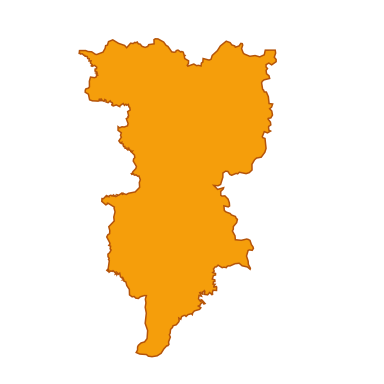 Khao Kho, Phetchabun, Thailand (Mercator projection), rotated 174°
{"feature_id": "78962969B71120844941830", "entity_name": "Khao Kho", "entity_type": "district", "adm_level": 2, "iso_a3": "THA", "parent_name": "Thailand", "parent_adm1": "Phetchabun", "projection": "mercator", "projection_center": [101.026, 16.687], "detail": "fine", "context": "isolated", "style": "filled", "palette": "amber", "viewbox_px": 384, "rotation_deg": 174, "n_neighbors": 0, "source": "geoboundaries", "source_scale": "gbopen_adm2", "svg_char_len": 6072}
<svg xmlns="http://www.w3.org/2000/svg" viewBox="0 0 384 384"><g transform="rotate(174 192 192)"><path d="M260.9,36.3L254.3,35.1L252.6,33.3L249.0,32.4L243.8,32.7L239.6,34.8L236.3,39.0L233.2,41.7L232.2,41.6L230.9,42.8L231.0,45.3L228.7,50.0L229.5,52.4L228.5,53.8L227.7,57.6L225.6,59.3L224.8,61.0L221.5,61.6L218.8,64.2L218.2,65.3L218.3,68.0L216.5,66.6L215.3,69.2L213.1,70.0L211.8,70.0L210.9,68.9L208.8,70.5L205.3,71.0L204.5,70.0L203.9,71.8L202.0,73.5L197.0,74.4L195.8,75.3L195.3,76.1L197.6,77.9L195.5,78.8L195.4,79.6L193.4,81.1L192.7,81.0L191.9,79.4L190.7,79.7L193.3,83.4L194.2,83.9L194.4,82.5L195.0,82.3L196.7,85.0L195.8,88.4L193.5,87.4L194.8,91.1L194.0,91.2L193.4,89.9L192.5,90.1L191.9,88.8L192.1,91.5L190.8,91.6L190.1,92.6L189.6,91.9L190.4,88.9L187.2,88.1L185.0,90.2L182.9,87.8L182.1,88.3L182.4,89.4L181.3,92.1L177.9,91.5L177.4,94.9L177.8,95.5L180.1,95.1L180.2,96.0L178.7,97.8L180.7,98.2L180.0,100.6L178.6,100.6L178.5,102.2L180.9,103.3L179.5,106.6L177.3,107.0L177.1,108.5L179.8,109.7L178.2,111.0L178.7,113.2L176.8,115.1L175.6,115.0L173.7,116.5L169.9,113.6L168.2,113.9L165.7,113.2L165.0,114.3L163.4,114.8L162.0,114.5L156.7,116.2L152.5,116.2L149.9,113.4L144.7,111.6L142.3,109.1L141.9,110.0L143.5,114.1L143.4,117.4L144.5,122.6L142.3,128.0L140.9,128.4L138.2,127.7L136.8,129.5L137.1,131.1L138.4,133.4L139.4,137.8L140.9,138.9L142.5,139.5L148.0,138.8L153.9,140.0L153.8,143.9L155.9,149.0L154.8,150.7L154.5,153.3L150.8,156.9L149.7,160.1L150.8,161.2L151.4,163.1L155.2,165.1L156.4,166.7L160.1,168.5L161.8,170.2L161.7,174.9L157.5,173.4L156.1,174.2L156.0,177.4L156.9,181.2L159.7,184.7L162.6,184.8L163.7,185.7L163.4,189.5L160.6,191.8L160.1,193.0L166.2,191.9L169.7,196.3L165.5,195.5L162.8,196.5L159.8,203.4L159.3,207.6L156.5,209.2L154.2,208.7L152.5,205.5L150.8,204.5L146.2,205.9L144.7,205.3L142.8,206.7L136.3,204.6L133.0,205.3L130.0,207.6L129.5,213.3L126.4,217.5L124.3,219.0L119.5,219.4L115.4,223.9L113.8,227.6L113.8,237.6L116.0,238.7L116.3,239.8L113.8,244.5L110.8,242.9L107.5,244.4L109.1,245.5L109.1,248.3L108.9,249.2L106.6,250.5L106.7,253.3L108.8,256.7L108.4,257.3L105.9,257.4L103.9,260.1L104.2,264.2L106.1,266.7L104.0,268.1L102.6,271.1L106.1,271.9L106.1,278.8L107.6,283.6L109.7,284.0L110.2,286.0L111.0,286.5L111.4,293.3L110.5,294.8L108.6,296.0L102.9,296.8L103.3,299.6L105.5,301.8L105.6,305.2L104.0,306.9L105.3,308.6L105.0,310.9L102.1,312.2L99.5,310.1L94.7,312.8L94.5,315.1L96.1,317.4L94.3,321.4L94.4,324.4L104.3,325.4L105.8,320.9L110.5,319.3L115.0,321.1L120.3,320.9L125.6,323.8L126.6,325.1L127.7,329.4L126.2,332.8L126.5,334.3L127.9,334.7L130.0,332.3L133.8,331.5L134.2,332.8L137.0,334.1L138.5,336.6L142.2,338.4L148.5,334.3L152.0,329.9L157.6,325.7L159.2,322.0L161.2,321.4L167.0,323.6L167.6,320.2L169.2,319.2L169.8,316.4L172.4,317.3L174.3,317.2L176.8,319.1L183.0,317.6L183.5,318.5L182.1,320.2L181.7,322.8L185.3,325.5L185.4,327.8L184.7,328.5L185.5,328.8L186.1,332.0L187.5,332.8L188.5,332.4L191.1,334.6L192.9,334.3L193.5,333.1L195.1,332.8L197.5,333.5L200.7,339.3L202.5,340.6L204.5,344.1L209.8,347.8L212.5,348.2L213.9,347.5L214.2,343.3L219.6,343.1L220.8,341.4L223.5,340.7L226.5,342.1L228.1,344.5L229.9,345.0L230.8,346.9L232.3,346.3L233.2,346.8L235.0,345.8L237.5,346.4L241.9,342.3L243.7,344.8L249.5,347.5L254.9,351.6L259.3,350.3L260.8,346.9L262.6,346.6L263.4,343.9L265.9,340.4L272.3,338.7L273.6,339.0L277.1,341.9L280.8,342.6L283.0,343.8L289.1,344.4L289.7,341.7L288.5,341.5L288.5,340.9L286.6,340.9L285.4,339.4L284.3,339.0L284.2,338.2L282.0,337.7L281.8,335.7L280.3,335.3L280.7,333.0L278.8,333.0L279.5,331.0L277.9,329.0L279.0,328.0L278.2,327.4L275.6,328.1L273.7,326.1L274.1,324.6L275.5,324.4L275.8,322.4L274.1,321.4L274.0,320.8L275.1,320.4L274.0,319.8L274.7,319.2L273.6,318.1L274.9,317.5L275.4,316.3L277.0,315.9L280.9,316.9L282.5,312.9L283.0,307.3L284.2,306.1L286.7,305.7L287.5,304.5L287.8,302.4L284.8,300.1L284.2,294.4L281.6,293.1L275.9,292.2L274.8,292.4L274.6,293.9L273.7,294.0L273.8,292.5L272.9,292.3L272.2,293.5L271.7,292.3L269.9,291.4L269.0,293.1L267.9,292.2L268.2,290.6L266.1,289.6L263.9,291.1L263.7,290.3L261.9,289.1L261.7,287.7L262.6,287.5L262.5,286.6L261.3,285.8L258.2,286.5L254.9,284.4L254.5,285.4L251.2,287.2L250.1,285.2L248.6,286.2L247.8,285.1L246.2,285.8L245.8,283.2L245.1,282.7L244.9,280.0L247.6,278.7L247.1,274.3L247.9,273.6L247.8,272.7L249.7,271.8L248.4,266.8L249.2,264.6L252.6,263.7L254.8,264.2L257.3,263.4L258.7,264.7L259.1,261.0L256.1,258.3L257.2,255.8L256.5,253.9L259.4,250.5L258.3,248.5L256.7,248.7L257.3,247.7L255.3,246.8L255.6,245.4L255.2,244.3L254.1,244.3L254.0,242.5L252.2,242.4L252.4,241.6L251.4,240.5L250.3,242.1L249.8,240.2L248.7,239.9L248.7,238.8L247.1,238.8L248.0,238.0L245.4,234.8L245.3,232.2L246.6,231.0L247.2,228.9L244.6,223.2L245.4,221.2L248.6,218.4L249.5,216.8L250.4,216.6L250.0,215.8L248.2,216.2L248.2,215.4L247.0,214.6L245.9,215.0L244.4,213.4L243.1,213.4L242.1,209.6L243.4,207.0L243.6,202.1L248.5,198.0L255.2,197.4L257.7,196.4L259.9,197.4L261.0,197.0L261.0,197.9L261.7,197.4L262.0,198.2L265.2,196.5L266.9,197.1L266.6,196.1L268.2,195.4L268.9,196.7L269.7,195.9L270.8,196.3L270.7,197.1L272.0,196.4L273.0,197.3L274.6,196.9L275.1,195.9L276.6,196.9L277.1,196.3L277.6,197.3L280.8,194.6L282.2,194.9L282.7,192.1L279.0,188.2L277.2,189.1L277.2,189.7L276.5,189.5L270.8,185.1L271.2,184.0L270.6,180.3L272.4,175.3L272.4,171.3L278.4,166.2L277.8,162.2L278.3,159.2L280.2,158.2L281.5,156.2L279.2,150.4L279.0,148.9L280.3,147.6L278.6,146.6L279.4,144.0L278.5,142.8L280.4,140.1L282.1,139.0L282.3,136.4L281.3,134.7L282.1,133.6L281.4,132.4L283.4,124.4L284.9,123.0L283.5,121.7L283.1,122.3L283.7,123.2L283.1,123.7L282.7,121.0L281.0,122.0L279.6,121.4L278.8,122.0L277.0,120.0L276.0,120.2L276.8,118.4L275.6,118.8L275.4,117.6L274.4,119.1L273.8,117.9L272.4,118.8L272.0,115.2L270.5,113.7L269.9,114.2L269.2,112.3L270.1,111.8L269.1,111.6L269.0,110.5L267.2,109.5L266.6,105.7L264.5,101.7L264.9,96.2L262.5,94.0L260.4,94.1L259.1,92.4L256.5,91.7L254.3,93.2L250.3,94.0L248.2,93.7L249.6,90.4L249.4,86.5L250.6,82.3L250.1,76.3L252.3,66.3L250.6,58.9L252.0,50.9L254.8,47.9L258.5,47.2L261.4,45.1L262.3,43.6L262.7,40.5L264.3,38.2L260.9,36.3Z" fill="#f59e0b" stroke="#b45309" stroke-width="1.5"/></g></svg>